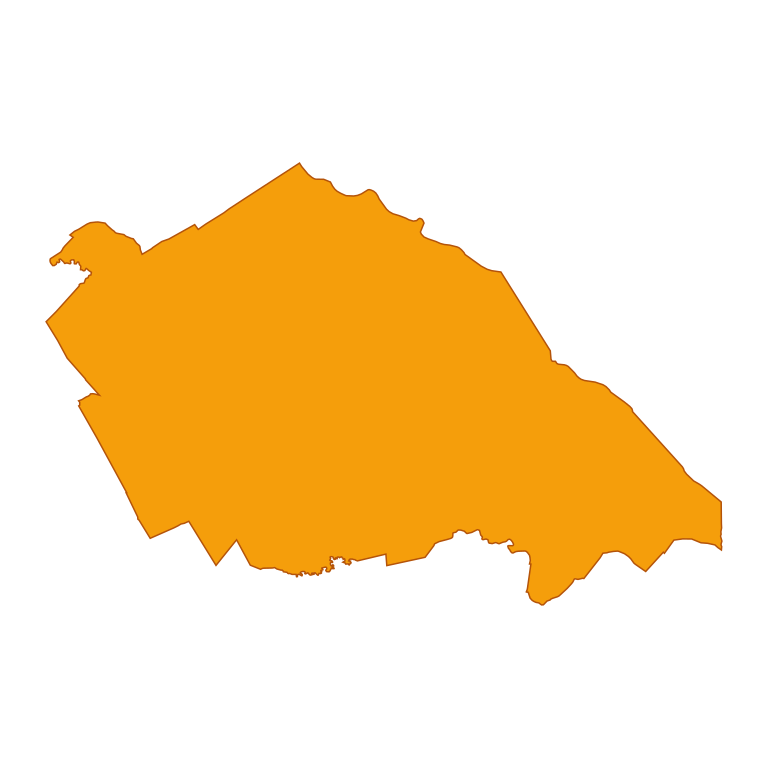 Draganesti, Suceava, Romania (Equal Earth projection)
{"feature_id": "2599482B31122548241895", "entity_name": "Draganesti", "entity_type": "district", "adm_level": 2, "iso_a3": "ROU", "parent_name": "Romania", "parent_adm1": "Suceava", "projection": "equal_earth", "projection_center": [26.414, 47.314], "detail": "fine", "context": "isolated", "style": "filled", "palette": "amber", "viewbox_px": 768, "rotation_deg": 0, "n_neighbors": 0, "source": "geoboundaries", "source_scale": "gbopen_adm2", "svg_char_len": 6030}
<svg xmlns="http://www.w3.org/2000/svg" viewBox="0 0 768 768"><path d="M329.7,571.3L331.4,568.3L332.9,568.7L334.0,568.6L334.1,568.3L333.7,567.8L332.8,567.7L332.3,567.3L332.4,566.9L333.7,566.0L333.5,565.3L332.9,564.8L332.5,564.9L332.0,565.7L331.3,565.9L330.6,564.9L330.3,563.8L330.5,562.7L331.0,562.3L332.5,562.5L332.6,562.1L332.4,561.4L331.9,560.9L330.1,560.5L329.8,560.1L330.6,558.6L330.1,557.4L330.2,556.9L331.0,556.6L332.2,556.7L333.0,557.1L333.3,557.5L333.4,558.4L333.8,559.1L334.4,559.5L335.3,559.2L335.1,558.4L335.6,557.9L337.0,558.8L337.2,558.6L337.0,557.7L337.2,557.3L338.1,557.0L339.0,557.2L339.6,557.7L340.2,557.2L341.6,556.9L341.9,557.1L342.2,557.8L343.1,558.4L343.2,559.3L344.4,558.8L344.7,559.0L344.9,559.7L345.0,560.9L342.9,562.2L345.1,563.0L345.7,564.1L348.3,563.9L348.6,564.1L348.7,564.7L349.3,564.9L349.7,564.0L350.7,563.5L351.0,562.8L351.0,562.5L350.4,562.3L350.3,562.0L350.5,561.1L348.7,560.9L349.4,559.5L350.1,559.1L352.5,559.1L353.8,559.6L354.9,559.6L355.4,560.1L357.4,560.9L385.9,554.1L386.8,565.6L425.1,557.3L433.9,545.6L434.4,544.2L434.8,543.7L439.1,541.6L447.1,539.5L450.8,538.4L452.0,537.7L452.6,537.0L452.8,535.8L452.9,533.4L453.2,532.8L455.9,532.2L458.2,530.0L460.8,530.1L464.3,531.2L466.6,533.4L467.2,533.5L471.8,532.4L477.0,529.8L477.8,529.7L479.5,530.4L480.7,535.0L482.3,536.8L482.3,537.3L481.9,538.9L482.2,539.3L483.0,539.7L485.6,539.1L486.4,539.1L487.3,539.5L488.1,540.0L488.4,542.0L489.1,543.1L492.2,543.6L495.4,542.6L496.3,542.7L498.5,543.6L499.2,543.7L502.9,542.2L505.5,541.7L506.6,541.1L508.0,539.6L509.4,539.2L510.2,539.5L511.4,540.5L512.6,542.2L513.5,544.1L513.4,545.0L513.0,545.5L512.4,545.7L508.7,545.6L508.0,545.8L507.8,546.2L508.4,548.2L509.8,549.9L510.7,551.6L511.9,552.8L513.0,553.0L515.8,551.6L518.5,551.2L524.6,551.0L525.9,551.2L527.4,552.4L529.5,555.3L530.0,557.6L530.3,560.6L529.5,564.0L530.9,564.1L527.5,588.0L527.2,589.6L526.3,591.9L527.1,592.2L527.9,592.1L528.4,592.8L530.1,598.1L532.2,600.4L534.2,601.6L536.1,602.4L538.8,602.9L541.5,604.9L543.4,604.8L547.1,601.0L550.1,600.0L550.9,599.1L552.6,598.3L557.6,596.7L559.1,595.9L567.2,588.4L571.6,583.6L572.9,581.9L574.2,579.2L575.0,578.8L578.0,579.4L582.5,578.3L583.9,578.5L600.1,557.8L602.9,553.2L606.9,552.8L608.7,552.2L613.6,551.4L617.5,551.1L618.9,551.4L624.5,553.7L628.5,556.5L630.8,558.8L633.9,563.1L635.2,564.2L645.7,571.5L663.3,552.2L664.4,553.3L673.9,540.1L682.8,538.9L691.7,539.0L701.0,542.8L707.6,543.3L714.9,544.9L717.9,547.6L721.4,550.0L721.7,546.6L721.1,545.1L721.1,544.0L721.9,541.1L720.6,536.5L720.6,535.7L721.1,534.4L720.9,531.7L721.6,527.9L721.4,523.7L721.2,502.0L701.8,485.9L699.5,484.3L693.6,480.9L686.6,474.2L684.2,471.0L683.5,468.7L682.4,466.9L632.5,411.6L632.5,410.6L631.9,408.7L629.8,406.4L624.2,401.9L610.8,392.2L609.3,389.9L606.0,386.6L603.1,384.8L595.1,382.1L584.5,380.5L581.1,379.3L579.0,377.9L576.9,376.0L574.6,372.9L568.3,366.5L566.4,365.4L564.3,364.8L558.4,364.2L556.9,363.5L555.5,361.3L552.5,361.3L551.8,360.8L551.0,359.2L550.3,350.8L500.9,272.0L491.8,270.7L487.2,269.3L481.3,266.2L465.0,254.5L464.0,252.6L461.4,249.7L458.9,247.7L457.0,246.9L449.7,245.1L444.2,244.5L440.4,243.5L435.9,241.5L428.2,238.9L424.0,237.0L421.3,234.1L420.4,232.0L424.0,223.1L423.2,221.2L422.1,219.4L420.7,218.6L419.5,218.4L418.4,219.0L416.6,220.6L413.3,221.1L408.9,219.8L405.9,218.2L399.1,215.6L393.0,213.8L389.1,211.6L386.5,209.2L379.2,199.1L377.7,195.8L375.8,193.0L373.6,191.2L370.9,190.0L369.2,189.6L368.0,189.8L361.4,193.9L357.5,195.4L353.7,196.0L346.3,195.7L345.3,195.4L340.7,193.3L337.2,191.3L334.9,189.3L332.6,186.2L330.4,182.0L323.7,179.3L315.8,179.2L314.1,178.7L311.9,177.4L307.9,174.1L301.6,166.5L299.5,163.1L245.7,198.0L229.2,208.8L223.9,212.8L205.9,224.0L198.2,229.4L194.7,224.6L168.9,239.0L161.8,241.5L152.3,247.9L152.1,248.4L142.1,254.3L140.4,250.0L139.9,246.5L139.3,245.5L136.5,243.2L133.3,238.8L131.3,238.4L126.0,236.3L123.9,234.6L116.5,233.2L115.2,232.5L114.2,231.3L112.1,229.8L107.6,225.8L105.1,223.1L98.0,222.0L95.8,222.1L90.3,222.7L87.0,224.1L78.6,229.3L74.5,231.3L69.9,235.0L73.2,237.3L65.0,245.8L63.2,248.0L62.3,249.8L60.7,252.1L50.4,258.7L50.0,260.1L50.2,261.9L50.9,263.3L52.7,265.6L54.2,265.6L56.2,264.3L57.0,262.2L58.6,262.6L59.5,262.1L59.7,261.7L59.1,259.4L59.4,259.2L60.4,259.1L61.0,259.5L63.8,262.1L64.5,263.3L64.9,263.5L66.4,263.0L67.5,263.1L70.0,263.8L70.6,263.5L70.9,262.9L70.3,261.1L70.5,260.6L71.6,259.9L73.7,259.8L74.4,261.5L74.2,263.3L74.4,263.8L76.1,263.9L77.3,262.2L78.0,262.0L78.7,262.2L79.4,264.5L80.8,266.2L80.5,269.7L82.0,269.8L83.3,270.8L84.1,270.8L84.9,270.5L86.0,268.5L86.5,268.5L88.8,270.5L91.4,272.3L90.9,275.0L89.4,275.3L88.8,275.7L88.0,277.8L86.0,278.5L85.4,279.4L84.3,282.6L83.8,283.2L80.8,283.6L79.7,284.2L79.2,284.7L79.2,286.0L76.0,289.6L56.1,311.7L46.1,321.7L57.6,340.4L67.2,358.2L85.4,378.9L85.5,379.7L99.4,395.2L94.9,394.0L92.8,393.7L90.5,393.9L90.4,394.3L89.5,395.3L88.0,396.3L86.3,396.9L81.7,399.7L78.6,400.8L79.7,402.2L79.7,405.2L78.7,405.9L97.0,438.1L126.7,492.7L126.1,492.8L137.7,516.9L137.9,519.2L139.1,520.2L150.2,538.3L173.8,527.9L178.2,525.7L181.0,524.0L184.3,523.3L188.8,521.3L216.0,565.4L236.6,539.8L250.3,565.2L260.6,569.3L262.1,568.5L263.5,568.2L272.4,568.0L274.7,567.6L276.9,569.0L280.9,570.1L282.3,570.2L283.0,570.8L283.4,571.8L287.0,572.3L287.7,573.2L288.4,573.6L289.8,573.5L292.1,574.4L296.1,574.4L296.5,576.7L296.7,576.8L297.4,576.6L297.5,575.2L297.9,574.5L298.4,574.3L299.7,574.6L301.6,575.8L302.0,575.8L302.2,575.4L302.2,574.5L301.6,573.8L300.3,573.1L300.3,572.7L301.1,571.9L302.3,571.5L304.2,571.5L304.8,571.9L305.2,572.3L304.8,573.5L305.1,573.8L305.7,573.9L307.8,572.8L309.7,574.8L310.4,575.1L312.1,574.8L312.3,574.5L311.7,573.5L312.0,573.1L313.1,573.2L313.4,574.3L313.8,574.4L314.1,574.2L314.3,572.9L315.1,572.8L317.6,575.1L318.1,575.2L319.0,573.4L320.4,573.6L321.3,573.2L321.0,572.5L321.7,571.9L321.7,571.5L320.9,571.1L320.9,570.5L322.9,569.8L322.9,569.5L321.8,568.3L321.9,568.0L325.2,567.1L326.4,567.4L326.8,568.3L326.6,569.2L325.8,570.2L326.0,570.9L326.8,571.7L329.1,571.8L329.7,571.3Z" fill="#f59e0b" stroke="#b45309" stroke-width="1.5"/></svg>